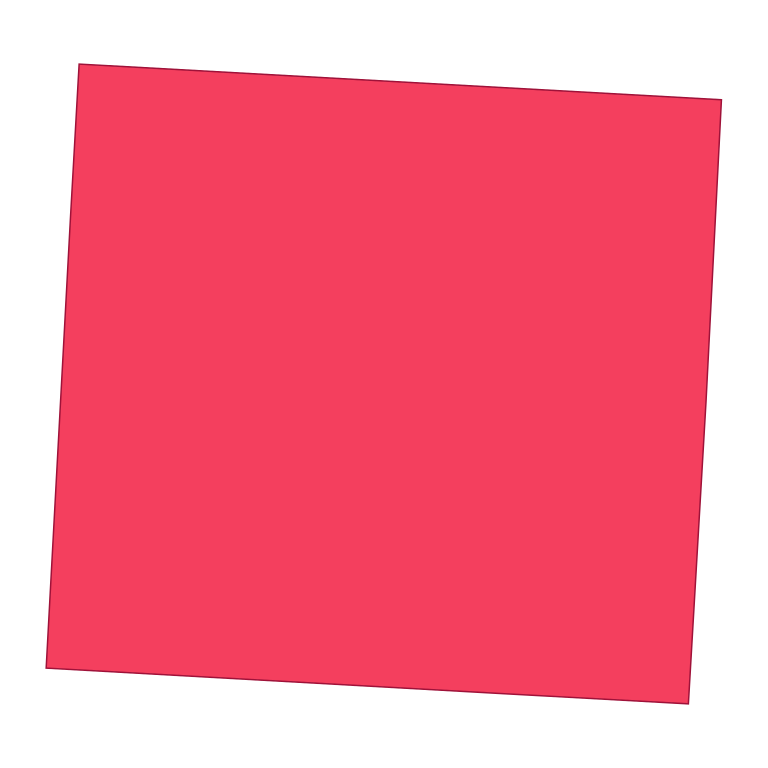 Cedar, Iowa, United States of America (Natural Earth projection), rotated 3°
{"feature_id": "52423323B563666297739", "entity_name": "Cedar", "entity_type": "district", "adm_level": 2, "iso_a3": "USA", "parent_name": "United States of America", "parent_adm1": "Iowa", "projection": "natural_earth1", "projection_center": [-91.134, 41.772], "detail": "fine", "context": "isolated", "style": "filled", "palette": "rose", "viewbox_px": 768, "rotation_deg": 3, "n_neighbors": 0, "source": "geoboundaries", "source_scale": "gbopen_adm2", "svg_char_len": 270}
<svg xmlns="http://www.w3.org/2000/svg" viewBox="0 0 768 768"><g transform="rotate(3 384 384)"><path d="M62.8,80.5L62.2,231.8L61.5,685.4L514.0,687.0L559.4,687.1L704.7,687.5L706.5,385.5L706.1,82.5L62.8,80.5Z" fill="#f43f5e" stroke="#9f1239" stroke-width="1.5"/></g></svg>